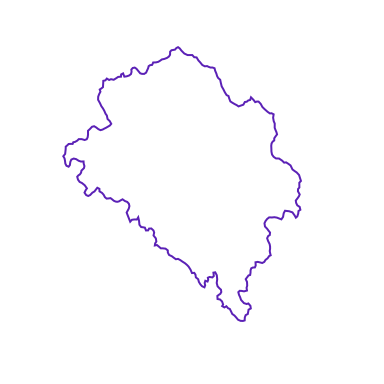 Esmeraldas, Minas Gerais, Brazil, rotated 337°
{"feature_id": "56859067B18719992311576", "entity_name": "Esmeraldas", "entity_type": "district", "adm_level": 2, "iso_a3": "BRA", "parent_name": "Brazil", "parent_adm1": "Minas Gerais", "projection": "equal_earth", "projection_center": [-44.321, -19.761], "detail": "fine", "context": "isolated", "style": "outline", "palette": "violet", "viewbox_px": 384, "rotation_deg": 337, "n_neighbors": 0, "source": "geoboundaries", "source_scale": "gbopen_adm2", "svg_char_len": 4903}
<svg xmlns="http://www.w3.org/2000/svg" viewBox="0 0 384 384"><g transform="rotate(337 192 192)"><path d="M281.4,253.3L282.6,251.1L284.8,250.7L285.3,247.8L283.7,245.4L283.6,242.7L284.2,240.4L286.9,238.9L288.9,237.6L290.2,236.3L289.8,232.7L290.8,230.7L292.6,229.8L293.4,227.8L294.4,225.4L296.6,224.4L296.9,221.2L297.2,218.2L296.0,214.9L294.7,212.9L293.3,210.5L293.1,206.1L291.7,203.7L290.2,201.5L288.3,201.0L287.2,198.3L285.2,195.2L282.4,193.9L280.9,191.5L280.3,188.8L280.9,185.9L282.0,183.1L283.0,180.4L284.2,178.4L286.0,177.1L287.8,176.7L288.7,174.7L290.7,173.4L292.8,172.2L293.1,169.9L293.1,167.5L293.2,165.2L294.9,161.3L294.9,158.7L295.7,155.3L297.5,152.4L296.0,150.6L294.4,150.1L292.9,147.7L291.1,143.9L290.0,141.2L289.7,137.8L288.6,134.8L287.1,134.1L285.3,134.0L284.6,131.2L283.3,127.9L281.5,130.0L279.5,129.7L277.7,130.3L275.8,129.8L273.4,131.7L270.3,131.5L268.3,131.4L267.1,129.5L265.6,127.7L264.1,125.7L262.7,123.6L262.8,120.5L263.1,117.9L261.7,116.3L261.2,113.1L261.0,109.6L260.6,106.4L261.2,102.7L261.8,99.7L260.6,97.2L260.4,95.1L260.7,92.6L260.7,89.4L261.1,86.9L259.6,85.5L257.7,84.7L256.3,83.4L255.1,82.0L252.9,81.3L251.1,79.1L250.2,75.9L249.3,73.4L248.8,69.9L246.7,68.8L245.8,66.1L243.8,65.2L241.4,64.2L239.0,61.5L237.5,57.7L236.8,55.0L235.7,53.2L233.8,53.4L232.0,54.3L230.2,53.9L228.5,53.5L226.7,54.3L225.4,57.1L223.7,58.3L221.4,58.8L218.5,58.7L216.1,58.2L213.9,58.7L211.8,59.0L209.4,58.6L206.9,57.6L205.0,59.4L203.0,58.9L201.3,59.2L199.9,61.0L198.2,62.5L196.4,64.2L194.1,64.6L192.1,63.7L190.7,62.5L189.9,59.8L189.0,56.8L187.9,55.1L185.9,54.7L184.0,55.6L183.3,57.8L181.9,59.6L179.6,60.2L177.1,60.0L174.8,59.4L174.9,55.9L172.7,56.1L171.7,58.1L169.0,57.2L166.4,57.7L163.8,58.1L161.5,56.5L159.5,56.5L157.9,54.3L155.9,55.4L153.8,55.0L152.6,57.5L151.0,60.7L148.9,61.3L147.1,61.6L146.9,63.9L144.8,65.6L142.9,67.6L141.6,70.4L142.0,74.2L142.1,77.6L142.7,80.3L143.0,83.2L143.0,86.2L143.5,88.3L142.8,91.8L144.0,94.6L144.3,97.7L142.4,98.7L140.2,99.0L137.8,99.3L135.9,99.4L134.1,99.6L131.9,99.3L130.4,97.6L129.0,95.1L127.6,93.2L125.4,92.9L123.0,94.0L120.2,95.0L118.7,98.6L117.3,100.9L115.7,102.3L113.5,102.2L111.2,100.3L108.4,99.1L106.4,99.9L103.8,100.2L102.2,99.8L100.9,101.1L99.4,100.4L97.2,99.6L95.2,100.4L93.5,100.9L92.5,103.1L91.5,104.9L90.1,107.4L87.5,108.8L87.8,111.3L87.3,113.6L86.5,116.4L86.7,118.8L88.3,120.5L90.1,119.5L91.8,116.7L93.6,115.0L96.2,115.0L98.2,116.5L99.9,119.0L101.7,120.6L104.1,121.5L103.4,123.5L103.1,126.1L101.9,127.8L100.2,128.5L98.6,129.1L97.4,130.9L95.7,132.0L93.9,132.3L92.3,133.1L91.9,136.1L92.5,138.8L94.2,140.7L95.9,143.9L96.7,147.6L94.8,148.8L92.8,150.6L93.4,153.5L94.9,155.1L97.1,155.0L100.0,153.7L102.4,153.4L104.7,152.1L106.5,151.1L108.0,152.9L107.1,155.3L108.8,157.6L109.6,160.0L109.8,162.7L110.8,164.7L112.6,165.3L114.6,165.8L115.7,167.7L116.6,169.5L117.9,170.9L119.3,171.8L121.0,172.1L123.1,171.8L125.2,171.6L126.8,174.2L128.5,175.8L129.3,178.1L128.9,180.5L127.3,182.6L125.4,184.1L123.8,185.4L123.7,188.1L123.6,191.8L123.5,195.2L125.8,194.1L128.1,194.7L130.5,195.8L132.6,194.3L132.0,197.8L130.8,201.6L131.5,204.4L133.1,205.3L134.7,206.4L134.6,209.4L136.6,210.2L138.2,208.9L140.3,209.7L141.5,212.4L141.3,214.6L139.6,217.0L140.6,220.6L139.8,223.7L138.0,224.9L136.9,226.7L139.0,227.1L140.1,229.2L141.3,231.7L143.2,232.5L145.5,233.8L146.9,236.3L146.1,238.3L146.3,241.0L148.3,243.2L149.6,245.5L150.9,247.6L153.0,248.1L154.6,250.1L156.1,252.5L157.7,254.8L158.9,257.2L159.7,259.3L160.3,262.9L160.3,266.6L162.5,267.3L162.9,269.4L162.2,272.1L163.6,274.7L163.2,277.4L163.6,280.2L164.4,282.6L166.2,284.6L167.7,283.0L168.1,280.7L169.6,278.9L171.3,280.5L172.6,279.2L173.1,277.1L175.0,277.1L177.4,278.6L179.3,277.8L180.2,274.6L182.0,275.0L182.3,278.3L181.1,282.2L179.2,285.4L178.7,288.8L179.6,291.3L180.5,293.2L179.9,295.5L178.3,296.8L176.6,297.1L174.7,297.6L173.7,300.5L175.8,301.9L176.9,304.5L176.7,307.7L175.2,308.8L176.7,310.9L179.0,310.6L179.8,313.1L181.1,314.4L181.3,317.2L181.4,320.0L182.8,322.3L183.6,324.6L184.5,327.6L186.4,329.6L188.5,330.6L190.3,330.8L191.6,328.1L193.3,326.3L195.7,326.1L198.1,322.4L200.6,322.2L201.3,319.6L200.3,316.6L198.6,316.5L196.4,314.6L195.0,310.5L195.2,307.5L195.1,305.0L195.5,302.3L197.3,301.6L198.8,302.3L201.1,303.8L204.1,304.2L204.8,301.5L206.2,299.8L207.5,296.3L207.4,293.2L209.7,291.9L211.4,290.9L213.1,291.1L214.3,289.2L215.3,287.0L216.7,285.4L218.4,285.3L220.4,286.0L221.9,284.6L223.0,281.5L225.2,282.0L227.1,283.4L228.9,284.8L231.2,284.6L233.2,283.2L235.6,282.6L238.0,281.1L239.7,281.0L240.0,278.9L240.5,276.7L241.7,274.8L242.6,272.6L243.1,270.3L242.9,266.8L243.1,263.9L244.9,262.3L246.8,262.0L248.0,259.8L247.3,257.4L246.8,255.2L245.7,252.3L246.5,249.1L248.3,247.5L250.6,246.2L253.1,245.5L255.7,246.7L258.0,247.4L260.2,248.8L261.5,250.1L263.6,252.1L266.1,250.5L268.1,247.4L270.3,245.6L272.0,246.6L273.8,247.6L276.5,250.0L277.3,253.7L277.6,256.2L279.4,255.6L281.4,253.3Z" fill="none" stroke="#5b21b6" stroke-width="2"/></g></svg>